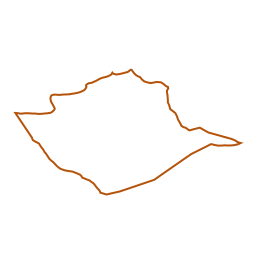 the district of Morne Cayenne, Vieux Fort, Saint Lucia, rotated 59°
{"feature_id": "8701671B31053612499035", "entity_name": "Morne Cayenne", "entity_type": "district", "adm_level": 2, "iso_a3": "LCA", "parent_name": "Saint Lucia", "parent_adm1": "Vieux Fort", "projection": "natural_earth1", "projection_center": [-60.957, 13.785], "detail": "fine", "context": "isolated", "style": "outline", "palette": "amber", "viewbox_px": 256, "rotation_deg": 59, "n_neighbors": 0, "source": "geoboundaries", "source_scale": "gbopen_adm2", "svg_char_len": 2955}
<svg xmlns="http://www.w3.org/2000/svg" viewBox="0 0 256 256"><g transform="rotate(59 128 128)"><path d="M60.7,176.1L60.8,177.0L61.1,177.7L61.7,178.4L62.3,178.9L63.0,179.4L64.1,179.9L64.9,180.1L65.7,180.4L66.8,180.4L68.3,180.4L69.9,180.5L73.3,180.7L73.8,180.9L74.1,181.3L74.4,181.7L74.6,182.3L74.7,182.8L74.9,183.4L75.0,184.3L75.1,185.0L75.1,185.9L75.0,186.7L74.8,187.4L74.4,188.1L74.1,189.0L73.7,189.9L73.3,190.6L73.0,191.2L72.6,192.1L72.0,193.3L71.7,194.1L71.2,194.9L70.8,195.7L70.4,196.4L70.0,197.1L69.3,198.2L68.5,199.2L67.8,200.2L67.1,201.2L66.3,202.7L65.6,203.5L64.5,205.2L63.7,206.4L63.0,207.4L62.3,208.8L61.8,209.8L61.3,210.9L61.0,211.6L60.7,212.2L60.3,212.8L59.8,213.4L59.2,214.0L58.7,214.7L58.3,215.1L58.2,215.2L57.1,216.8L87.0,215.3L87.9,215.6L89.3,215.8L91.7,214.6L93.2,213.6L95.5,212.3L97.8,212.3L101.0,212.1L102.5,211.8L105.9,211.9L107.6,211.5L113.9,211.3L116.1,210.7L119.0,209.6L123.8,208.6L127.0,207.5L128.0,207.0L130.1,205.4L132.2,203.5L134.4,201.0L136.8,198.0L138.7,196.5L142.9,193.4L144.4,192.8L147.1,192.7L148.4,191.6L150.5,190.1L153.1,188.0L154.8,187.4L157.9,186.0L161.7,185.6L163.3,185.4L166.5,184.7L167.7,184.7L169.2,185.0L169.4,184.8L173.9,180.7L178.2,167.6L185.9,132.3L183.5,96.8L182.9,87.2L184.6,65.1L185.9,63.7L187.2,62.5L187.4,62.3L188.3,61.2L189.1,60.3L189.3,60.1L190.8,57.7L191.6,56.2L192.1,55.1L192.5,54.3L192.6,54.0L192.9,53.7L193.4,53.0L195.5,49.6L196.2,48.3L196.5,47.6L197.0,46.6L197.5,45.7L197.6,45.3L197.8,44.6L198.4,42.7L198.7,41.0L198.9,39.2L198.7,39.4L197.9,40.2L197.2,40.7L195.6,41.8L195.0,42.0L194.3,42.3L193.8,42.6L193.2,43.0L191.9,44.0L191.0,44.7L190.7,44.9L173.3,61.4L164.7,66.3L161.6,76.7L157.4,78.5L155.9,80.0L153.6,81.1L151.1,80.8L146.7,80.8L143.1,80.0L141.8,79.9L139.6,79.7L133.4,82.1L129.9,81.0L127.4,80.7L126.6,80.7L124.9,79.6L119.9,77.1L117.1,76.1L116.0,75.3L114.8,73.1L114.6,73.1L114.1,72.9L113.3,72.6L111.8,73.8L108.0,75.1L105.8,76.3L103.4,79.5L101.3,85.2L99.6,87.2L96.5,90.0L94.1,90.9L93.2,91.1L90.6,91.5L88.8,92.8L86.8,93.9L84.0,94.6L82.1,94.8L80.2,94.9L79.5,95.5L79.5,96.9L79.8,98.2L79.8,99.7L79.3,101.1L78.4,104.4L77.2,108.0L76.1,110.5L74.8,111.8L73.7,112.7L72.8,113.0L72.6,113.0L73.0,113.7L73.4,114.4L73.5,115.0L73.6,115.6L73.5,116.7L73.4,117.8L73.2,119.3L73.0,119.8L72.9,120.5L72.7,121.1L72.6,121.5L72.3,122.2L72.2,122.7L72.0,123.3L71.7,124.2L71.6,125.1L71.4,125.9L71.3,126.5L71.3,127.1L71.2,127.6L71.2,127.9L71.2,129.7L71.1,131.1L71.1,131.8L70.9,132.8L70.8,133.7L70.7,134.6L70.7,135.1L70.6,135.6L70.4,136.2L70.2,136.7L69.8,137.5L69.5,138.4L69.4,139.3L69.4,140.2L69.4,140.8L69.6,141.3L69.8,142.0L70.1,142.2L70.6,142.3L71.4,142.5L71.7,142.9L72.1,143.5L72.4,144.2L72.7,144.9L72.9,145.9L73.0,146.8L72.9,147.7L72.7,149.3L72.5,150.9L71.9,152.9L70.8,156.1L69.5,159.2L68.9,161.0L68.4,161.7L67.9,162.8L67.3,163.9L66.4,165.4L65.7,166.8L65.1,168.2L64.5,169.3L64.0,170.3L63.4,171.1L62.5,172.3L61.9,173.1L61.4,174.2L61.0,174.9L61.0,175.1L60.7,176.1Z" fill="none" stroke="#b45309" stroke-width="2"/></g></svg>